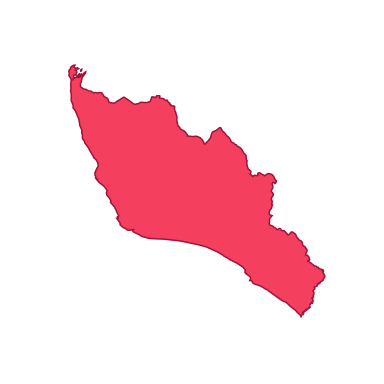 the district of Jembrana, Bali, Indonesia, rotated 15°
{"feature_id": "22746128B85592790675198", "entity_name": "Jembrana", "entity_type": "district", "adm_level": 2, "iso_a3": "IDN", "parent_name": "Indonesia", "parent_adm1": "Bali", "projection": "orthographic", "projection_center": [114.641, -8.314], "detail": "fine", "context": "isolated", "style": "filled", "palette": "rose", "viewbox_px": 384, "rotation_deg": 15, "n_neighbors": 0, "source": "geoboundaries", "source_scale": "gbopen_adm2", "svg_char_len": 6028}
<svg xmlns="http://www.w3.org/2000/svg" viewBox="0 0 384 384"><g transform="rotate(15 192 192)"><path d="M57.3,107.4L57.4,106.6L58.3,105.1L58.2,103.4L57.1,104.6L55.9,107.2L53.5,110.4L49.2,111.7L48.8,112.0L48.7,112.6L48.0,113.3L48.2,113.9L48.1,114.1L47.8,113.1L48.4,112.4L47.7,111.4L47.6,109.9L47.2,109.7L47.6,109.7L48.1,109.3L48.6,109.4L49.8,108.9L49.5,108.2L49.8,106.0L49.4,105.2L48.6,104.7L48.7,104.2L47.9,104.5L48.0,104.0L47.6,103.5L47.6,102.7L45.8,102.0L45.6,101.3L46.1,99.8L45.0,100.1L43.8,101.1L43.3,102.1L42.7,102.6L42.5,103.4L42.7,104.9L41.8,105.8L41.9,107.8L42.9,109.3L42.8,111.0L43.2,111.6L45.6,113.8L46.3,115.2L47.0,119.1L47.5,120.1L47.4,120.8L48.3,123.0L48.5,125.8L49.1,126.6L50.4,129.9L51.6,134.9L54.7,138.9L55.3,141.5L57.3,142.9L58.6,144.1L59.2,145.1L60.2,146.1L61.9,148.6L63.7,150.6L66.6,157.1L69.7,160.8L70.1,163.3L71.6,165.7L71.9,167.7L72.7,168.9L73.2,169.6L74.0,169.9L75.5,171.6L75.9,172.6L79.0,174.8L80.9,176.5L81.9,177.8L87.8,183.5L88.0,184.1L91.2,185.9L93.3,188.0L94.7,190.9L93.5,196.3L93.7,197.8L93.3,197.9L93.2,198.3L94.0,200.8L95.9,203.5L96.5,203.8L95.8,203.9L99.7,206.8L105.3,209.1L108.2,211.2L109.4,212.4L109.7,212.8L109.5,215.0L110.4,216.8L114.3,219.6L116.0,221.8L116.2,222.5L115.9,222.8L116.0,223.2L121.4,226.7L121.5,227.2L123.0,228.6L124.6,231.0L127.3,233.7L127.0,234.6L126.4,235.1L127.1,235.9L127.3,235.7L127.5,236.4L126.1,236.9L130.5,240.5L131.1,242.4L134.5,244.1L137.3,244.6L139.8,245.5L141.9,245.0L143.4,244.0L145.0,243.6L144.3,244.6L145.5,245.6L149.3,246.5L151.2,246.6L155.6,248.0L157.5,247.8L161.4,248.0L164.9,247.5L178.1,244.6L193.6,242.3L205.4,241.6L211.1,241.3L219.6,241.3L232.2,243.3L237.0,244.6L239.8,245.8L242.7,246.3L245.6,247.4L254.1,249.2L260.7,251.4L263.3,253.2L263.8,254.4L263.8,255.6L264.3,256.3L265.0,256.8L265.5,256.7L265.5,257.0L265.9,257.2L269.6,258.6L270.5,259.2L271.0,260.7L271.0,261.3L270.5,262.3L270.6,262.7L272.2,262.3L273.1,262.7L273.9,263.8L275.6,264.6L281.7,265.0L285.5,265.8L287.1,266.5L291.0,267.2L291.8,267.8L305.4,273.0L308.8,274.0L311.0,273.9L315.6,276.5L321.6,279.1L322.0,279.1L324.6,280.9L328.8,283.1L329.6,284.2L329.7,283.9L329.3,283.3L330.3,281.9L331.0,281.7L331.2,280.8L331.0,280.4L330.1,280.1L330.1,279.4L331.2,279.4L330.9,278.6L331.1,278.2L332.0,278.0L331.9,277.5L332.5,277.2L332.0,276.6L332.1,276.2L333.2,276.3L332.9,275.7L333.0,275.3L334.2,275.2L334.6,273.6L335.3,273.7L335.9,272.7L335.3,272.1L335.0,271.1L335.1,270.3L335.5,269.8L335.3,269.0L335.5,268.6L337.1,268.2L336.4,267.1L337.2,266.7L337.2,265.7L336.5,265.1L336.2,264.1L335.4,263.8L335.2,263.4L336.3,263.0L336.1,262.6L336.3,261.1L335.9,260.5L336.2,259.0L335.6,257.7L335.7,257.3L334.7,256.7L334.6,255.9L335.5,254.1L335.6,253.4L334.7,252.4L337.2,250.3L337.2,248.3L338.3,248.1L338.5,247.8L338.2,247.1L339.3,246.7L339.4,246.3L339.2,245.9L339.8,244.9L341.3,243.8L341.7,241.0L342.2,240.2L342.1,238.8L341.6,238.1L340.8,237.8L340.4,236.7L339.5,236.3L339.4,235.5L339.0,235.3L339.6,234.7L339.0,233.4L337.8,233.5L337.7,233.7L337.4,233.2L334.6,233.2L333.7,232.2L333.2,232.6L331.0,231.5L329.9,231.9L324.8,229.6L321.7,228.8L321.8,228.3L322.8,227.9L323.3,227.1L321.5,224.4L319.9,223.2L318.6,223.7L317.9,223.1L318.1,221.2L317.9,220.7L318.4,219.8L318.2,218.3L317.7,217.6L316.3,216.7L315.7,216.0L315.1,215.9L314.8,215.4L313.7,215.4L312.7,214.6L311.9,212.7L310.9,211.6L310.1,211.1L308.0,210.6L307.2,210.1L304.7,208.3L303.1,206.1L302.5,205.8L299.5,204.7L298.8,204.7L298.0,205.2L297.0,207.9L296.5,208.2L295.8,208.1L295.5,208.5L294.6,207.6L293.6,207.2L291.2,205.5L288.8,206.0L288.3,205.9L287.1,204.7L286.1,204.6L285.3,205.0L284.7,206.0L283.9,206.2L281.9,205.2L280.8,205.1L279.1,204.0L276.7,204.0L275.1,203.3L274.7,202.5L274.7,201.1L273.9,198.5L274.2,197.0L275.5,194.1L273.2,194.0L271.9,192.7L271.9,190.4L272.0,189.5L272.9,187.6L273.0,184.4L272.3,183.6L272.8,183.1L272.0,182.3L272.1,180.6L271.9,180.0L270.5,179.1L270.6,178.3L270.2,177.2L271.2,174.6L271.0,172.6L268.5,170.9L268.4,169.5L268.9,167.8L268.9,166.4L267.2,163.2L267.8,161.7L269.0,161.8L269.9,162.3L270.3,162.0L270.9,160.0L270.6,159.4L269.6,159.0L268.0,157.4L266.9,155.8L265.5,154.8L263.9,154.3L261.9,154.3L260.6,154.6L260.0,155.1L258.2,157.4L254.6,156.7L252.8,156.0L251.9,156.0L250.8,157.0L250.7,157.3L251.4,158.3L250.8,159.2L250.5,159.4L247.9,159.7L246.6,161.3L245.7,160.6L243.4,159.5L243.8,158.3L243.4,156.6L240.7,155.5L238.7,152.9L237.2,149.3L237.3,147.9L236.1,146.5L234.6,142.5L231.8,140.9L229.8,138.6L228.4,137.7L227.7,137.0L223.3,135.7L222.7,135.0L221.1,134.8L219.6,134.0L217.7,133.6L216.3,132.7L215.3,131.3L213.1,129.5L211.0,128.6L207.2,125.8L205.6,125.2L203.1,122.5L202.0,122.7L199.7,126.0L196.9,128.2L196.1,129.1L195.9,131.0L195.9,134.8L194.5,138.1L192.0,142.5L191.2,141.9L188.8,139.2L185.8,137.4L182.0,136.9L178.5,138.2L173.0,139.1L173.0,138.4L172.4,137.7L169.7,135.6L168.4,135.0L165.6,134.5L164.3,133.8L163.2,132.6L161.6,131.9L161.2,131.4L158.6,126.4L158.4,124.6L157.8,122.8L156.0,120.3L155.8,119.3L154.1,117.6L153.3,115.2L153.3,114.1L152.9,113.7L152.1,113.6L151.9,113.8L149.9,114.1L149.0,113.2L148.6,113.4L148.5,113.0L147.8,112.7L147.7,112.2L147.2,111.7L146.3,111.7L145.8,111.3L144.4,109.7L143.9,109.8L142.9,110.5L140.7,109.4L139.4,109.2L136.6,109.8L136.3,109.1L136.2,107.7L135.9,107.4L133.1,108.1L132.7,109.1L132.9,109.6L131.9,110.2L130.0,110.1L128.6,110.6L128.2,115.3L125.8,117.0L123.7,117.7L119.5,118.5L118.7,119.1L117.7,120.2L114.1,122.1L112.5,121.9L106.5,119.5L102.0,118.1L101.4,118.1L97.9,122.0L96.3,123.4L95.5,124.7L94.2,126.1L93.3,126.5L90.6,126.8L88.4,126.6L86.8,124.1L86.1,123.4L82.4,122.5L81.3,121.3L79.1,119.6L77.0,119.8L74.5,121.0L73.2,120.8L71.0,121.7L68.2,120.7L66.2,121.2L62.8,120.3L60.8,120.5L58.0,119.6L56.9,118.9L56.2,115.9L56.6,114.5L56.3,110.6L56.1,110.1L57.3,107.4ZM52.7,106.8L50.8,110.1L51.0,110.7L51.4,110.7L52.6,109.9L54.0,108.6L54.8,107.3L54.7,106.9L53.9,107.7L53.4,107.8L53.3,107.5L53.7,107.1L52.7,106.8ZM50.7,102.2L49.1,101.6L48.8,101.8L49.0,102.3L49.5,102.8L50.3,102.7L50.7,102.2ZM53.6,102.5L53.6,102.1L52.9,102.8L53.2,104.1L53.5,104.1L53.9,102.6L53.6,102.5Z" fill="#f43f5e" stroke="#9f1239" stroke-width="1.5"/></g></svg>